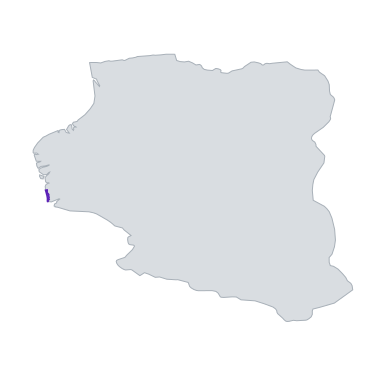 Ibeno, Akwa Ibom, Nigeria shown in context, rotated 83°
{"feature_id": "59680162B15406999540209", "entity_name": "Ibeno", "entity_type": "district", "adm_level": 2, "iso_a3": "NGA", "parent_name": "Nigeria", "parent_adm1": "Akwa Ibom", "projection": "equal_earth", "projection_center": [8.062, 4.561], "detail": "fine", "context": "in_parent", "style": "filled", "palette": "violet", "viewbox_px": 384, "rotation_deg": 83, "n_neighbors": 0, "source": "geoboundaries", "source_scale": "gbopen_adm2", "svg_char_len": 4370}
<svg xmlns="http://www.w3.org/2000/svg" viewBox="0 0 384 384"><g transform="rotate(83 192 192)"><path d="M308.7,44.4L319.6,64.2L322.0,79.0L322.9,86.2L324.7,87.1L328.1,87.5L330.5,89.0L332.0,91.4L333.0,93.6L333.1,95.0L332.5,103.8L331.7,107.0L332.2,111.4L332.1,113.3L331.7,114.5L330.2,116.0L328.2,117.4L323.3,121.7L321.9,122.3L319.9,122.4L318.1,123.4L316.0,125.7L311.6,134.2L307.7,142.7L305.0,156.5L301.6,160.8L301.0,164.7L300.5,173.3L300.0,175.9L299.4,176.7L295.7,178.3L293.6,180.3L292.3,184.2L290.8,197.5L290.2,199.7L289.0,202.0L287.1,204.5L285.5,205.8L281.3,206.8L277.3,216.8L277.2,218.5L275.5,227.6L272.4,234.5L272.2,238.9L268.3,244.9L266.3,249.0L268.4,253.3L268.6,254.0L261.9,261.3L261.5,262.4L261.3,267.4L260.7,268.8L259.5,270.6L257.7,272.6L255.9,274.2L253.8,275.3L251.8,275.7L250.7,275.1L250.1,273.5L248.9,267.4L248.4,266.1L247.1,264.9L241.9,258.1L238.8,255.7L238.1,255.9L237.6,256.5L236.7,260.0L235.8,261.2L234.2,261.6L231.4,261.7L229.3,261.2L228.8,260.5L227.8,257.8L221.4,264.0L219.2,265.4L216.3,272.7L212.3,276.3L209.5,279.5L202.1,289.4L200.6,292.4L199.1,296.7L195.9,315.4L190.8,327.1L190.1,329.6L189.8,329.5L189.1,330.6L187.2,329.9L186.3,327.7L185.0,327.4L182.9,324.2L182.5,324.7L184.7,332.8L183.9,335.9L177.6,336.0L172.2,337.1L168.4,337.0L166.6,335.8L165.7,332.8L165.4,333.1L165.2,334.7L164.1,336.0L159.9,336.2L158.0,334.2L156.5,331.9L154.9,330.8L155.2,331.8L157.0,334.1L156.8,337.3L153.4,341.1L151.3,341.3L150.0,339.7L149.3,337.0L148.9,333.1L148.1,330.6L147.6,330.6L148.2,334.8L148.2,338.8L149.8,341.8L147.3,342.8L144.4,342.9L144.0,341.7L143.6,339.2L143.1,338.5L142.5,342.8L136.4,344.1L135.6,343.9L135.4,343.1L135.9,341.9L135.8,339.9L134.4,341.4L134.2,344.4L133.4,344.9L131.1,344.5L128.6,342.9L124.5,339.2L119.5,333.0L118.7,330.3L117.3,326.9L114.7,317.6L115.1,317.2L116.3,317.7L116.9,316.8L114.8,316.2L114.4,315.5L114.2,313.4L114.3,310.9L117.5,309.6L118.2,308.1L118.6,306.6L114.7,308.9L111.1,306.2L110.3,304.7L110.7,303.4L114.9,303.3L116.4,302.2L115.5,301.7L113.9,301.8L113.3,301.0L113.4,299.1L112.9,299.5L112.2,301.2L109.7,302.4L108.3,301.2L108.1,298.4L107.8,297.2L106.6,296.2L102.3,288.9L96.9,282.8L92.1,278.6L84.9,276.6L69.7,276.6L68.8,276.1L69.8,275.1L71.1,274.4L76.0,271.0L75.2,270.6L70.1,272.7L68.4,272.9L66.1,277.0L51.1,277.9L51.2,276.0L51.9,270.7L52.8,266.9L51.8,262.4L51.6,258.4L52.2,257.1L52.4,255.6L52.3,245.1L53.1,243.6L53.2,242.5L51.6,238.0L51.7,234.6L51.4,231.3L50.9,229.8L51.5,217.1L51.3,213.9L51.8,211.7L52.1,206.2L52.1,200.8L53.2,192.3L59.6,191.2L61.1,187.9L62.0,183.6L61.8,179.5L63.9,175.8L66.4,172.6L66.3,169.0L67.0,168.0L68.2,167.1L69.9,166.7L71.8,164.9L72.9,161.8L73.9,156.9L72.3,153.4L72.4,152.7L73.0,150.8L74.0,149.0L74.8,148.4L76.6,148.9L77.2,148.1L78.5,142.7L78.4,141.2L76.7,137.5L75.8,127.6L75.3,126.3L73.9,124.6L70.4,117.6L70.5,114.3L72.0,110.1L73.0,108.1L74.4,106.9L74.7,106.0L74.3,104.8L73.6,103.9L73.4,102.0L74.1,99.4L74.0,96.5L74.4,81.6L77.3,78.7L81.5,73.8L83.7,68.8L84.8,65.0L86.3,52.2L88.6,50.9L92.8,46.2L98.5,43.5L102.3,42.7L108.8,43.2L112.1,42.8L114.9,40.2L116.2,39.5L118.0,39.1L134.2,45.7L135.7,45.4L137.0,45.9L139.0,47.6L143.8,53.8L148.8,63.3L150.3,65.3L151.9,66.5L153.5,66.9L154.7,66.7L155.9,65.8L157.5,64.0L159.9,63.2L161.8,63.3L171.9,56.0L172.9,55.9L179.2,57.5L187.6,64.8L194.6,69.6L199.5,71.2L205.2,72.4L215.0,72.7L222.3,62.4L225.0,60.2L228.3,58.2L235.1,56.3L246.5,55.0L257.2,55.5L263.8,57.3L270.8,60.6L273.8,63.9L278.5,64.4L281.9,63.7L283.0,60.6L286.4,56.4L291.5,52.5L295.6,49.8L299.0,48.6L302.0,45.5L304.5,44.5L308.7,44.4ZM160.3,340.4L158.0,341.4L156.4,341.1L158.5,336.9L159.6,337.8L160.9,338.2L160.3,340.4Z" fill="#d9dde1" stroke="#a8b0b8" stroke-width="1"/><path d="M172.4,337.2L172.7,337.1L172.8,337.1L173.1,337.0L173.4,337.0L175.3,336.7L175.8,336.7L176.6,336.6L176.9,336.5L177.0,336.5L177.5,336.4L179.7,336.3L179.8,336.3L180.3,336.3L181.1,336.3L181.7,336.4L182.3,336.5L182.8,336.6L183.1,336.6L183.3,336.6L183.5,336.6L183.8,336.6L183.9,336.3L184.0,336.2L183.9,336.0L183.7,335.9L183.3,336.0L182.8,335.9L182.1,334.7L181.9,334.8L181.7,334.8L181.2,334.9L180.5,334.7L180.4,334.7L180.2,334.5L179.8,334.6L179.5,334.5L179.1,334.7L178.5,334.7L178.2,334.6L177.6,334.9L177.3,334.7L177.0,334.6L176.9,334.5L176.3,335.0L176.0,335.0L175.9,335.1L175.6,335.4L175.6,335.8L175.3,335.8L175.2,335.7L174.8,335.7L174.6,335.7L173.3,335.6L172.7,335.4L172.2,335.5L172.4,337.2Z" fill="#8b5cf6" stroke="#5b21b6" stroke-width="1.5"/></g></svg>